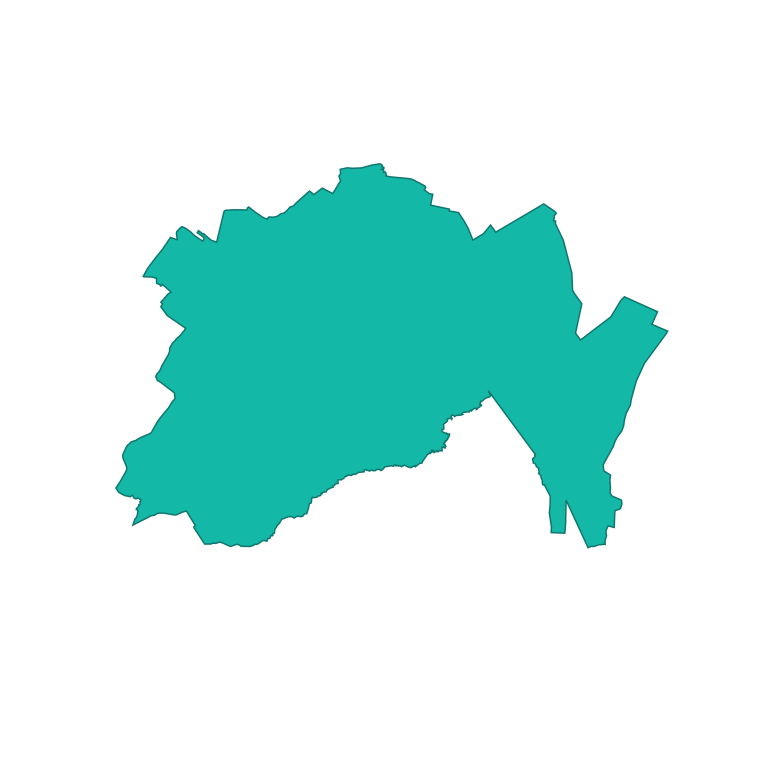 outline of Tasnad, Satu Mare, Romania, rotated 73°
{"feature_id": "2599482B32783786094013", "entity_name": "Tasnad", "entity_type": "district", "adm_level": 2, "iso_a3": "ROU", "parent_name": "Romania", "parent_adm1": "Satu Mare", "projection": "mercator", "projection_center": [22.612, 47.484], "detail": "fine", "context": "isolated", "style": "filled", "palette": "teal", "viewbox_px": 768, "rotation_deg": 73, "n_neighbors": 0, "source": "geoboundaries", "source_scale": "gbopen_adm2", "svg_char_len": 6168}
<svg xmlns="http://www.w3.org/2000/svg" viewBox="0 0 768 768"><g transform="rotate(73 384 384)"><path d="M575.0,267.6L579.5,254.7L571.1,251.3L548.3,243.8L600.2,236.7L599.8,232.9L600.6,231.5L600.8,229.1L600.5,226.0L601.7,220.2L602.1,219.4L598.6,218.5L594.2,215.6L589.9,214.9L588.0,213.6L585.2,211.2L588.5,205.8L573.1,200.4L572.6,199.1L572.7,196.0L572.0,194.8L572.3,194.3L568.1,191.5L564.4,190.9L557.9,198.6L555.1,199.5L553.9,199.6L549.3,197.7L542.0,196.1L537.3,194.0L531.8,198.8L530.0,199.0L525.2,197.9L511.0,183.2L507.0,180.3L502.8,176.3L498.5,170.4L494.1,167.1L488.5,164.5L482.9,161.0L476.3,154.6L470.9,152.0L455.1,142.0L440.3,128.8L418.3,99.3L416.3,97.3L405.3,110.4L394.9,101.3L370.9,128.6L373.3,133.0L386.1,147.4L399.4,183.2L391.4,186.0L365.2,171.4L352.7,175.6L349.1,176.2L332.7,171.9L298.8,170.5L281.0,173.2L278.3,172.3L277.2,174.2L275.0,172.6L272.9,172.1L271.1,169.3L268.3,170.7L258.5,178.6L271.5,232.8L263.1,235.6L269.3,244.8L272.4,256.9L260.0,258.0L251.4,259.8L241.9,262.6L237.5,271.1L235.9,270.3L226.6,287.1L216.8,281.9L215.3,284.9L210.2,288.7L208.3,286.6L206.5,287.0L196.5,297.2L195.0,299.8L187.7,317.5L185.6,321.3L185.0,321.9L185.2,321.5L184.6,320.7L182.4,320.5L181.4,321.1L181.3,322.4L180.7,321.9L178.9,322.0L178.1,323.6L177.8,323.1L177.9,321.1L177.1,320.8L176.6,321.0L175.8,322.4L174.8,321.7L173.4,322.2L172.4,323.4L172.0,324.8L171.1,332.0L170.8,342.3L168.4,351.4L166.5,356.0L165.9,363.1L170.6,364.1L171.6,366.0L172.2,366.3L177.5,366.2L179.2,369.1L180.2,369.7L186.9,377.3L178.6,385.8L182.4,395.7L177.7,398.8L185.2,415.1L187.0,418.2L187.3,419.4L187.3,422.1L189.7,425.9L191.2,429.4L191.2,433.6L192.2,436.0L192.4,439.0L191.9,441.8L190.6,445.2L192.0,447.6L190.0,450.4L181.4,457.4L175.2,461.6L175.8,463.2L177.2,463.9L177.3,464.8L173.5,476.7L171.6,484.5L172.0,486.4L199.5,502.6L195.7,507.5L187.6,512.4L187.9,513.0L183.2,516.5L184.6,518.4L191.8,513.0L194.4,515.6L187.2,521.5L181.7,524.7L177.1,528.2L174.5,531.2L174.6,532.1L177.7,537.7L179.4,538.5L185.4,539.5L185.4,540.0L181.4,545.3L190.7,556.8L196.4,565.4L204.5,576.5L210.7,582.8L211.3,582.1L214.0,574.3L216.0,571.4L216.0,570.6L221.3,572.0L223.0,569.6L225.1,568.8L224.7,567.2L223.9,566.8L232.9,561.3L233.9,560.9L234.7,564.0L240.6,573.5L242.7,572.2L244.8,574.9L255.3,571.2L272.7,557.4L274.5,559.4L276.4,562.5L277.2,563.1L280.3,569.7L281.4,570.9L282.8,574.1L287.0,578.3L290.4,579.7L292.9,581.7L301.9,591.3L305.4,594.2L308.3,598.5L310.5,600.3L311.7,599.7L314.3,599.8L316.7,597.4L331.1,587.1L336.7,588.0L339.6,592.3L343.8,597.0L351.0,608.0L354.3,612.2L362.3,620.6L363.0,622.3L364.1,632.9L365.4,638.0L365.5,643.0L366.9,645.2L367.4,646.9L369.0,648.9L374.7,654.0L376.4,654.9L379.1,655.2L388.2,654.4L390.2,654.8L392.7,656.9L399.7,664.3L405.1,670.7L410.1,669.4L414.7,664.8L417.7,659.6L416.9,657.8L416.9,656.9L419.4,656.7L420.3,656.2L421.3,654.8L421.1,652.4L424.0,650.2L425.4,652.0L426.4,651.8L427.6,652.4L427.9,654.0L429.0,654.1L430.8,657.2L431.6,657.5L431.5,657.1L433.1,656.2L437.3,658.3L439.3,659.8L440.3,661.7L445.5,665.4L441.9,645.0L442.4,642.0L441.6,638.9L441.6,637.1L443.2,632.1L448.0,622.7L448.4,620.8L447.6,614.4L447.7,610.1L464.0,605.9L465.1,607.7L466.5,607.6L484.6,602.3L486.4,596.4L486.2,594.2L487.1,591.8L487.3,589.8L487.0,588.6L487.3,586.7L494.5,578.3L494.2,571.7L495.7,569.3L497.6,568.0L497.6,566.8L498.6,565.0L498.7,563.9L500.1,560.2L500.2,556.5L499.6,554.4L500.1,552.5L500.0,551.0L498.4,546.0L498.5,544.5L500.1,542.0L498.0,540.4L498.2,538.3L495.8,536.4L496.5,535.4L496.3,534.6L494.8,534.5L494.6,532.4L492.2,531.5L490.3,530.1L489.9,529.1L488.4,528.0L486.8,525.0L483.2,521.2L483.5,519.3L483.0,516.6L483.0,513.9L483.8,511.2L486.0,508.8L485.4,507.8L485.1,505.5L486.7,501.8L486.6,500.2L484.9,498.1L485.4,495.8L480.3,492.3L477.4,490.9L476.6,490.2L476.5,488.5L476.1,488.1L472.1,486.5L471.6,485.5L472.1,484.8L472.5,482.0L472.3,480.3L471.9,479.9L472.1,477.6L471.9,477.0L470.7,476.6L470.9,475.3L470.2,474.7L469.7,475.0L469.9,472.2L470.3,470.9L468.5,469.2L467.7,464.5L467.9,463.0L466.4,462.4L466.6,461.3L465.4,459.8L465.6,456.9L462.4,456.3L462.6,454.3L463.2,452.8L462.7,451.9L462.6,450.2L461.1,448.0L461.3,446.5L460.6,445.7L461.0,444.3L460.9,443.7L462.0,441.7L461.1,439.8L461.9,438.2L461.9,436.5L461.0,434.5L462.2,428.8L460.6,428.2L460.3,427.3L463.0,423.2L462.7,421.3L463.6,420.0L464.3,417.6L463.8,416.1L463.8,414.2L464.6,413.0L465.7,412.5L465.9,411.7L464.9,409.4L463.4,407.4L464.4,400.7L465.5,398.8L464.6,398.4L464.4,397.4L464.7,396.8L465.9,396.5L465.7,394.6L466.7,394.3L466.9,392.6L468.2,391.6L467.8,390.6L468.1,390.0L467.3,388.4L470.5,385.1L471.3,383.8L471.2,383.1L471.9,382.7L471.2,379.2L472.1,378.5L471.2,377.7L471.5,377.2L472.0,377.4L470.4,373.1L470.7,370.8L469.2,369.6L463.9,362.8L463.9,361.6L463.5,361.0L463.9,360.1L462.9,359.9L463.4,359.0L462.9,358.6L463.1,357.4L461.7,357.9L461.2,357.4L462.1,356.0L464.2,356.1L463.6,354.6L464.1,353.4L463.4,352.7L464.6,352.1L463.9,350.5L464.9,347.9L461.6,347.2L461.8,346.4L461.3,345.4L462.8,345.0L463.1,344.3L462.1,343.8L461.7,343.1L459.7,343.4L459.0,344.3L458.2,344.2L457.8,342.7L456.2,341.9L456.6,340.8L455.8,340.3L455.5,339.3L454.5,339.1L454.2,338.2L453.4,337.8L452.9,336.8L451.0,336.0L451.0,337.1L450.3,337.5L450.8,338.2L449.2,338.7L449.2,339.4L446.8,342.1L446.1,342.4L444.5,341.7L444.8,340.4L444.4,339.8L440.0,338.9L438.2,334.5L437.8,334.0L436.2,334.0L436.2,333.0L435.7,332.4L436.5,330.3L437.7,329.6L436.7,329.0L434.9,329.3L433.4,328.2L434.6,326.2L435.8,326.1L435.2,324.2L436.2,319.5L436.2,317.7L435.4,318.3L434.4,316.5L434.4,315.4L434.9,314.4L434.7,312.9L435.7,310.9L434.8,310.0L434.7,309.1L435.2,308.6L434.7,308.3L435.1,307.8L434.3,307.3L434.4,306.4L433.7,305.4L434.2,303.0L435.4,303.2L435.3,302.4L434.4,301.3L433.8,298.9L432.5,298.1L433.3,297.5L433.2,297.1L432.0,297.2L431.2,298.3L429.8,296.8L428.9,296.8L428.9,294.4L427.8,292.7L427.1,289.3L427.3,287.3L426.4,285.3L421.4,286.5L421.8,286.3L421.6,286.0L428.0,283.7L495.9,259.8L496.3,260.7L497.2,260.5L497.8,261.2L498.8,263.7L503.2,264.3L504.1,263.0L506.0,262.3L507.3,262.5L510.0,260.8L511.3,261.3L513.0,261.1L514.9,262.3L517.2,260.8L520.0,261.2L522.0,260.8L526.0,261.7L527.0,261.5L527.0,260.2L539.9,257.8L549.6,261.0L555.3,263.5L569.9,265.7L575.0,267.6Z" fill="#14b8a6" stroke="#0f766e" stroke-width="1.5"/></g></svg>